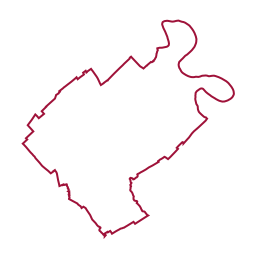 Cotusca, Botosani, Romania (orthographic projection), rotated 2°
{"feature_id": "2599482B53083625185790", "entity_name": "Cotusca", "entity_type": "district", "adm_level": 2, "iso_a3": "ROU", "parent_name": "Romania", "parent_adm1": "Botosani", "projection": "orthographic", "projection_center": [26.878, 48.123], "detail": "fine", "context": "isolated", "style": "outline", "palette": "rose", "viewbox_px": 256, "rotation_deg": 2, "n_neighbors": 0, "source": "geoboundaries", "source_scale": "gbopen_adm2", "svg_char_len": 5733}
<svg xmlns="http://www.w3.org/2000/svg" viewBox="0 0 256 256"><g transform="rotate(2 128 128)"><path d="M151.2,214.7L150.3,214.2L149.8,213.8L149.1,212.9L148.7,212.6L148.5,212.2L147.8,211.3L147.2,210.9L145.4,210.7L145.1,210.4L144.9,210.1L144.7,209.9L144.7,209.5L144.0,208.5L143.4,207.1L142.7,206.1L142.5,205.7L141.7,204.9L140.4,203.6L139.3,202.7L139.7,201.9L139.8,201.2L139.4,200.7L138.9,200.6L138.2,200.6L137.0,200.3L136.5,199.7L136.1,199.2L136.0,198.5L135.9,197.5L136.2,196.3L136.1,196.0L135.7,195.6L135.6,195.4L134.7,193.0L133.6,191.4L133.1,191.1L132.7,190.6L132.4,190.0L132.4,189.6L132.6,189.0L132.7,187.7L132.6,187.0L132.7,186.6L133.1,186.3L133.1,186.0L132.4,185.2L132.5,184.7L132.4,184.6L132.9,183.8L133.3,183.0L133.4,182.8L133.3,182.7L132.8,182.5L132.5,181.7L132.4,181.1L132.3,180.8L132.3,180.2L132.0,179.7L131.8,179.1L131.5,178.8L131.9,178.1L132.1,177.8L132.4,177.7L134.3,178.2L134.7,178.5L134.9,179.1L135.1,179.1L135.5,179.1L136.1,178.8L137.6,177.4L138.4,177.0L139.1,176.3L139.3,175.9L139.3,174.9L138.9,174.0L139.0,173.9L139.5,173.5L140.6,173.0L142.5,171.7L143.8,171.0L147.2,168.9L150.3,166.6L153.7,164.7L159.5,161.0L159.8,160.8L159.7,160.6L159.2,160.1L159.3,159.9L159.8,159.7L160.8,158.7L161.2,158.4L162.3,157.8L163.4,157.1L164.9,156.0L165.4,155.5L165.5,155.5L166.7,156.1L169.1,157.7L171.3,155.5L176.4,149.8L178.7,147.1L177.4,146.1L179.2,144.0L181.8,141.3L182.7,140.4L183.0,140.5L183.3,140.3L183.5,140.5L183.6,140.8L183.8,140.7L184.1,140.8L184.2,141.0L184.1,141.3L184.1,141.5L188.2,136.6L189.2,135.5L192.1,131.2L194.0,129.0L198.5,124.8L205.3,118.0L206.7,115.9L206.0,115.3L205.5,114.7L204.7,114.6L203.5,114.1L201.1,112.1L199.3,110.5L198.2,109.3L197.4,107.4L197.2,106.7L197.0,104.7L196.9,103.9L196.6,103.2L195.6,101.9L195.3,101.1L194.3,97.3L194.2,96.1L194.3,95.6L194.4,94.6L194.2,93.5L194.3,92.4L194.4,91.6L194.3,90.9L194.4,90.5L194.6,90.2L195.1,89.3L195.6,88.7L197.9,86.9L198.9,86.2L199.5,86.0L200.2,85.9L200.9,86.0L201.3,86.1L201.9,86.5L204.6,89.3L206.4,90.7L208.5,92.1L209.4,92.7L210.1,93.3L214.3,95.6L214.5,95.8L216.7,96.9L218.3,97.6L219.5,97.9L220.8,98.2L221.6,98.3L222.8,98.2L223.6,98.1L225.6,97.4L226.8,96.9L227.9,96.2L229.4,95.3L230.5,94.3L231.0,93.8L231.6,92.9L232.4,91.2L232.6,90.5L232.6,89.7L232.3,87.9L232.0,86.8L231.4,85.5L230.2,83.6L229.5,82.7L226.8,79.6L225.7,78.7L224.5,77.8L219.9,75.3L216.8,74.0L213.9,73.1L212.1,72.7L210.2,72.9L207.6,73.4L206.8,73.4L205.1,72.9L203.7,72.8L202.9,72.9L200.3,73.2L199.5,73.5L198.1,74.1L196.6,74.5L194.1,74.4L192.0,74.9L189.5,74.9L187.8,74.5L186.2,74.0L184.0,73.0L181.6,71.6L180.7,71.0L180.0,70.4L179.3,69.6L177.7,66.8L177.2,66.2L177.0,65.5L176.7,64.8L176.4,63.2L176.4,62.6L176.7,61.0L176.9,60.2L177.4,59.6L178.3,58.7L179.0,57.8L179.9,57.0L181.2,55.5L182.7,53.8L184.6,52.5L187.6,49.6L189.2,47.9L190.8,45.7L191.5,44.7L192.0,43.6L192.8,41.4L193.0,40.7L193.2,39.5L193.3,36.7L193.2,36.4L192.6,34.1L191.2,30.8L189.8,28.4L188.4,26.5L186.0,23.7L185.1,23.0L183.8,22.2L181.5,20.8L179.9,20.2L178.0,19.9L176.6,19.5L175.4,19.1L174.7,18.9L172.8,19.2L170.3,19.9L169.1,20.1L168.0,20.1L164.0,19.5L163.1,19.5L160.8,19.9L160.2,20.2L159.2,20.8L158.9,21.1L158.8,21.4L158.5,23.0L158.7,23.8L159.9,26.9L161.8,30.4L164.1,35.5L164.4,36.7L165.6,40.2L165.8,41.2L166.0,41.9L165.9,43.3L165.8,43.9L165.3,44.5L164.7,45.0L164.0,45.4L163.0,45.7L159.6,46.5L158.7,46.6L156.7,46.7L155.3,47.1L154.5,47.3L154.5,47.9L155.1,49.1L154.4,50.8L154.2,52.0L153.8,53.1L153.9,53.7L153.5,56.2L153.0,57.0L152.5,58.1L152.2,58.7L151.0,59.9L151.3,60.1L151.3,60.3L150.0,61.1L149.5,61.4L149.1,61.4L148.6,61.2L145.1,64.4L145.0,64.8L144.4,65.0L141.4,68.0L140.5,67.4L137.9,65.9L129.0,57.1L128.6,56.6L128.1,56.9L127.2,58.0L127.2,58.6L122.0,63.8L120.4,65.6L117.8,68.2L112.3,74.0L106.3,80.6L106.0,80.9L106.1,81.2L106.0,81.3L105.7,81.3L105.5,81.2L102.1,83.9L102.1,84.1L99.4,86.0L98.4,84.3L97.6,82.6L96.0,79.5L94.9,77.8L90.8,72.4L90.1,71.6L89.0,70.2L84.9,73.3L84.9,73.7L84.5,74.0L84.3,73.4L83.7,72.3L81.2,74.3L82.1,76.0L81.7,76.4L78.3,79.0L76.0,81.0L74.8,79.1L73.8,80.1L69.9,83.6L67.5,85.6L67.1,85.9L63.4,89.0L62.8,89.4L61.5,90.7L58.1,93.5L58.7,94.1L57.6,95.2L57.5,95.8L55.0,97.5L54.9,98.0L54.0,101.1L45.3,109.5L45.5,109.7L41.2,114.2L43.6,116.8L38.5,121.3L36.7,119.3L34.9,117.7L31.6,123.1L27.7,128.7L33.5,134.7L26.4,141.8L27.7,143.0L23.4,147.3L24.6,148.4L26.8,150.6L30.9,155.2L32.4,156.7L33.1,157.3L34.5,158.9L35.6,159.8L35.9,160.2L36.2,160.8L36.9,161.7L40.3,165.2L40.4,165.4L40.7,165.6L41.2,166.2L43.1,168.4L43.8,169.1L47.0,171.6L49.7,173.6L52.4,176.0L55.3,173.8L55.1,173.6L56.4,172.6L56.7,173.1L57.9,174.6L58.5,175.9L60.0,182.7L60.9,185.9L61.5,188.4L65.1,186.8L65.1,187.3L66.9,186.8L67.0,187.0L68.7,186.4L68.8,186.5L68.9,187.1L68.8,187.4L69.1,187.9L69.3,188.6L69.8,189.0L70.1,189.8L70.1,190.0L69.9,190.3L70.0,190.6L70.1,190.8L70.9,191.3L70.9,192.1L70.8,192.4L71.0,193.0L70.5,193.4L71.0,193.6L71.5,193.6L71.3,194.6L71.7,195.0L71.4,195.3L71.4,195.7L71.5,196.1L71.2,196.3L71.3,196.4L71.4,196.5L71.5,196.5L71.8,196.7L71.9,197.3L71.4,197.6L71.3,197.8L71.4,198.0L71.8,198.2L71.7,198.9L72.0,199.7L71.9,199.8L71.5,200.7L71.5,201.0L74.7,202.6L80.2,205.3L80.4,205.8L80.5,206.0L82.5,207.4L83.2,207.7L83.8,208.5L84.4,209.6L86.2,208.2L88.4,209.5L89.5,211.2L93.2,216.3L95.4,220.7L98.9,224.1L100.6,226.3L101.7,227.3L102.1,227.6L103.0,227.7L103.2,228.0L103.9,228.4L104.0,228.7L103.9,229.0L103.1,230.1L102.9,231.0L103.1,231.5L103.4,231.9L104.1,232.3L105.0,233.4L105.6,233.8L106.6,234.8L107.0,235.4L107.6,235.8L108.2,236.4L108.5,236.8L108.5,237.1L109.5,235.9L108.3,234.4L111.1,232.5L111.5,233.0L113.8,231.5L114.7,232.6L115.7,234.2L119.9,231.4L123.3,229.4L123.9,228.9L124.6,228.7L126.0,228.3L126.9,227.8L127.3,227.8L127.6,227.7L129.3,226.5L129.7,226.3L136.8,221.6L138.4,223.5L149.4,215.9L151.2,214.7Z" fill="none" stroke="#9f1239" stroke-width="2"/></g></svg>